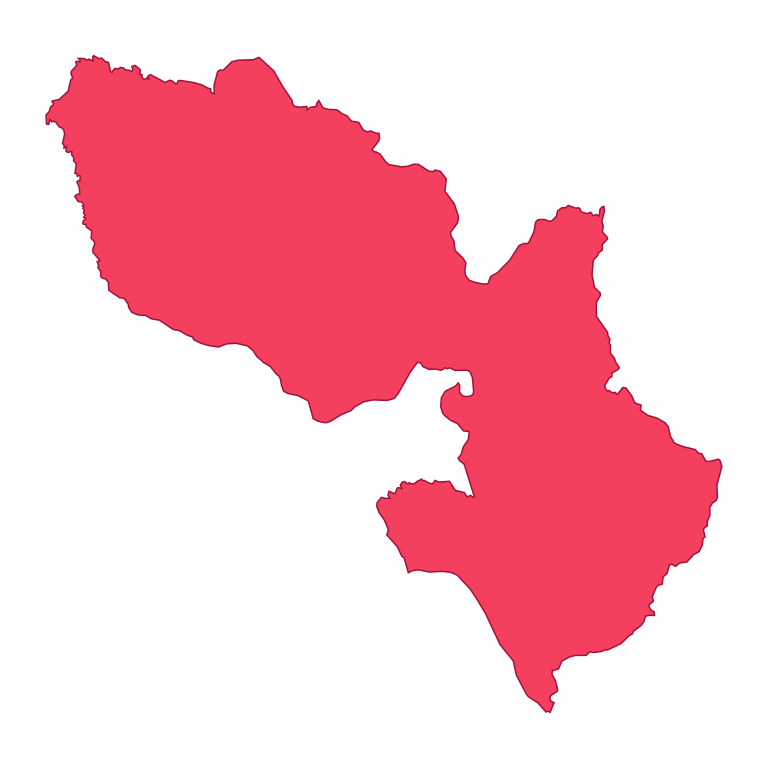 outline of Quípama, Boyacá, Colombia
{"feature_id": "7082276B17110786625118", "entity_name": "Quípama", "entity_type": "district", "adm_level": 2, "iso_a3": "COL", "parent_name": "Colombia", "parent_adm1": "Boyacá", "projection": "albers", "projection_center": [-74.197, 5.549], "detail": "fine", "context": "isolated", "style": "filled", "palette": "rose", "viewbox_px": 768, "rotation_deg": 0, "n_neighbors": 0, "source": "geoboundaries", "source_scale": "gbopen_adm2", "svg_char_len": 5973}
<svg xmlns="http://www.w3.org/2000/svg" viewBox="0 0 768 768"><path d="M408.3,572.7L412.4,570.7L418.5,569.8L429.1,572.0L442.3,571.4L450.9,572.4L457.3,575.2L470.3,589.2L476.5,598.6L485.4,613.3L500.2,644.8L513.2,660.8L516.4,675.2L526.5,694.4L528.4,696.7L537.9,702.9L545.9,711.9L548.5,711.3L550.1,712.4L554.1,702.7L550.7,701.1L549.7,697.2L551.4,695.1L557.1,691.5L557.7,689.8L555.5,680.9L551.9,674.0L552.5,670.6L558.5,668.9L561.9,661.1L569.4,657.0L575.6,655.4L586.1,655.4L590.0,651.8L593.5,652.5L602.0,651.4L604.2,650.2L608.2,649.7L621.1,643.5L629.4,635.5L632.4,633.8L633.6,631.2L640.8,625.7L643.7,622.0L645.6,616.2L649.3,615.3L654.5,615.4L654.2,612.0L650.6,609.6L649.1,606.7L649.2,604.7L653.5,601.1L652.2,596.8L656.4,587.0L658.0,585.4L662.2,584.2L663.1,576.9L666.9,573.6L669.5,564.9L671.6,564.2L675.5,566.4L679.7,563.0L686.9,562.0L693.6,554.6L699.0,551.7L702.3,545.2L703.1,538.4L705.0,537.1L703.4,529.8L704.3,528.0L707.3,525.9L707.3,521.4L709.9,515.4L709.8,507.3L712.6,502.8L716.0,500.7L717.4,497.5L716.9,485.2L721.9,466.3L720.0,460.5L718.3,459.2L708.7,461.6L705.8,461.0L701.8,453.9L697.9,452.8L695.4,449.6L682.4,446.4L674.5,443.2L670.5,436.5L668.4,427.1L665.2,422.8L657.3,418.2L647.9,415.4L641.1,410.7L640.5,408.6L641.2,405.2L634.7,402.8L631.8,395.9L625.9,388.0L622.7,387.5L617.9,393.9L616.7,394.3L615.5,392.4L611.8,392.7L609.4,390.6L607.0,390.9L604.7,387.0L605.0,385.1L609.3,377.9L611.8,376.7L611.9,373.0L617.8,369.7L619.4,367.8L615.5,361.8L614.4,358.1L610.4,353.4L610.5,345.1L609.1,343.6L610.0,339.1L607.9,335.7L607.5,332.2L596.4,316.4L596.3,302.5L600.2,295.8L600.3,293.1L594.5,287.4L592.0,274.8L593.3,260.2L597.4,255.8L598.8,252.7L602.4,249.9L602.3,244.5L607.6,238.9L607.0,237.0L602.4,232.1L603.2,226.1L601.8,221.3L604.4,211.1L603.9,206.5L602.1,206.9L600.0,209.2L599.2,216.0L596.5,214.6L593.1,215.6L590.6,212.2L587.5,213.6L583.0,212.5L580.7,211.2L580.2,209.1L578.7,207.8L575.4,208.1L568.3,205.4L565.4,207.8L561.9,207.7L557.5,211.0L556.5,216.0L552.1,220.7L549.6,221.4L544.2,219.4L537.9,219.7L535.6,222.2L533.9,231.9L528.9,242.1L527.5,243.6L523.8,243.5L519.0,245.6L509.8,260.1L497.5,272.6L490.6,276.6L488.2,283.2L487.1,284.1L482.5,283.9L474.8,282.3L468.9,280.1L465.4,275.2L464.8,270.2L465.9,262.8L463.1,258.3L455.1,250.5L454.0,241.2L451.0,235.9L450.6,232.2L457.0,223.7L458.5,218.9L458.0,215.1L454.3,203.9L444.9,191.2L446.3,179.0L440.4,171.3L434.9,170.0L433.9,171.5L429.0,171.2L418.3,164.3L413.6,164.2L407.8,166.3L401.5,166.8L388.8,164.6L385.4,161.5L380.2,154.2L375.9,151.8L374.4,151.9L371.9,149.8L378.6,141.2L379.6,138.3L379.0,133.3L376.1,133.2L370.5,130.9L367.4,131.9L363.4,130.2L358.6,122.3L351.5,121.2L346.9,115.7L342.1,113.8L338.3,110.6L335.7,109.6L328.8,109.5L322.9,107.8L318.8,100.5L316.8,103.3L316.1,106.4L310.1,107.4L307.0,110.0L306.9,106.5L299.0,107.2L294.2,106.1L293.0,104.8L291.9,100.2L283.3,87.5L273.7,70.8L259.0,57.4L253.3,59.7L238.3,60.2L231.7,61.8L223.1,70.3L220.0,70.0L217.6,71.7L214.0,85.6L214.3,93.6L213.4,93.7L210.9,92.1L210.5,88.7L207.6,88.1L202.2,85.0L193.8,82.6L180.3,80.4L177.7,81.2L177.3,83.4L175.9,83.9L171.9,80.8L169.6,80.3L165.0,82.4L150.4,74.6L147.7,76.3L148.9,79.1L146.4,78.1L144.5,79.4L143.3,79.1L141.9,76.6L142.0,74.6L139.8,74.4L140.4,70.3L139.6,68.9L134.9,65.4L131.8,66.5L132.8,69.2L132.1,71.5L128.7,70.1L125.9,70.1L123.4,67.9L120.8,67.4L117.9,68.9L114.8,68.4L111.8,72.3L110.5,71.7L108.6,62.7L107.6,61.8L106.2,62.4L101.9,58.2L98.6,58.5L93.7,55.6L92.7,56.8L93.1,60.9L88.9,59.1L87.0,60.2L84.0,58.5L78.3,58.4L80.1,60.4L79.8,62.1L77.3,61.2L75.8,61.7L76.6,65.4L71.4,71.2L71.0,74.0L72.7,77.8L70.6,80.4L68.1,91.2L59.2,99.5L52.3,100.9L52.0,101.9L53.5,103.3L53.0,105.2L50.7,106.6L49.1,111.7L46.1,114.8L46.4,123.9L48.3,124.6L48.9,123.8L49.8,119.4L51.9,121.9L53.5,121.1L55.5,121.9L59.3,127.0L61.1,127.4L63.8,129.9L64.6,134.5L62.5,143.4L64.1,145.3L64.0,148.1L66.6,146.6L65.9,150.9L67.6,152.5L71.7,151.4L71.8,155.2L73.8,157.6L73.5,160.9L75.8,163.2L76.2,165.0L74.9,173.4L76.8,173.4L77.4,176.4L79.1,175.3L80.2,176.1L79.9,180.8L78.3,180.6L76.9,181.8L79.1,187.0L79.8,193.8L76.3,194.7L74.8,196.4L78.1,201.5L81.8,202.1L83.3,204.3L83.4,205.4L82.3,206.0L83.8,207.5L83.0,208.5L84.3,209.8L83.5,212.9L85.2,215.4L83.7,217.4L85.5,218.2L85.5,219.1L83.4,220.5L82.8,223.0L83.3,224.2L85.8,224.4L86.3,227.0L91.7,230.9L91.1,238.3L93.9,241.0L94.8,243.5L92.9,249.0L93.0,252.4L99.9,260.6L97.1,261.6L98.5,265.4L97.9,267.7L100.7,271.6L100.8,276.3L102.3,278.2L105.5,278.9L108.3,282.1L108.8,290.3L119.7,297.8L123.5,298.1L124.9,299.4L128.2,304.3L128.7,307.4L131.8,312.4L138.2,315.0L145.1,315.3L151.3,318.8L159.4,320.2L173.4,329.6L179.1,330.5L187.7,335.4L192.8,337.1L193.6,339.6L200.6,343.1L208.0,345.4L218.4,347.0L226.9,343.8L236.2,343.3L247.5,345.9L253.1,350.7L256.8,356.4L263.7,362.6L270.4,366.6L276.1,373.9L278.7,375.8L280.3,378.7L281.6,385.8L283.6,391.1L287.4,393.3L298.3,395.7L308.3,400.9L313.2,418.6L317.8,421.1L323.9,422.6L327.0,422.6L331.0,421.0L341.2,414.7L351.0,410.6L355.2,406.5L364.0,401.7L373.3,399.9L387.1,400.4L394.0,398.6L398.0,393.9L410.2,372.2L417.5,362.3L420.9,363.1L422.9,366.7L429.2,369.4L436.0,369.0L440.5,370.3L443.0,369.5L444.7,367.7L447.1,368.8L449.7,367.8L454.9,370.4L467.1,370.2L470.0,371.7L472.4,377.5L473.6,391.3L473.0,394.4L471.0,395.9L465.5,396.7L462.5,395.7L459.5,392.2L459.7,385.0L458.1,382.9L455.5,386.1L445.3,391.2L441.4,397.5L440.7,406.5L442.5,412.9L444.6,415.5L450.5,420.3L457.5,423.7L463.5,430.9L468.4,431.5L469.2,432.4L468.3,439.4L463.2,447.1L461.1,454.5L458.1,458.2L459.5,460.5L464.2,464.2L474.3,496.7L472.7,497.1L470.6,495.3L467.2,496.9L464.2,492.5L455.4,490.4L449.4,481.3L439.0,482.0L435.0,480.4L432.4,484.0L428.0,482.7L424.4,480.4L422.3,480.5L421.7,479.1L416.5,481.7L415.3,483.3L410.1,484.1L409.7,482.6L407.2,483.8L404.7,481.6L402.4,482.0L400.3,485.0L401.9,488.5L398.1,487.6L397.2,488.2L395.0,493.8L389.1,491.3L388.0,495.0L389.8,498.3L385.4,498.4L381.5,497.3L377.1,502.6L376.8,506.3L379.0,512.5L384.3,519.9L388.4,529.7L386.8,534.9L397.4,546.9L402.0,556.6L404.2,558.0L408.3,572.7Z" fill="#f43f5e" stroke="#9f1239" stroke-width="1.5"/></svg>